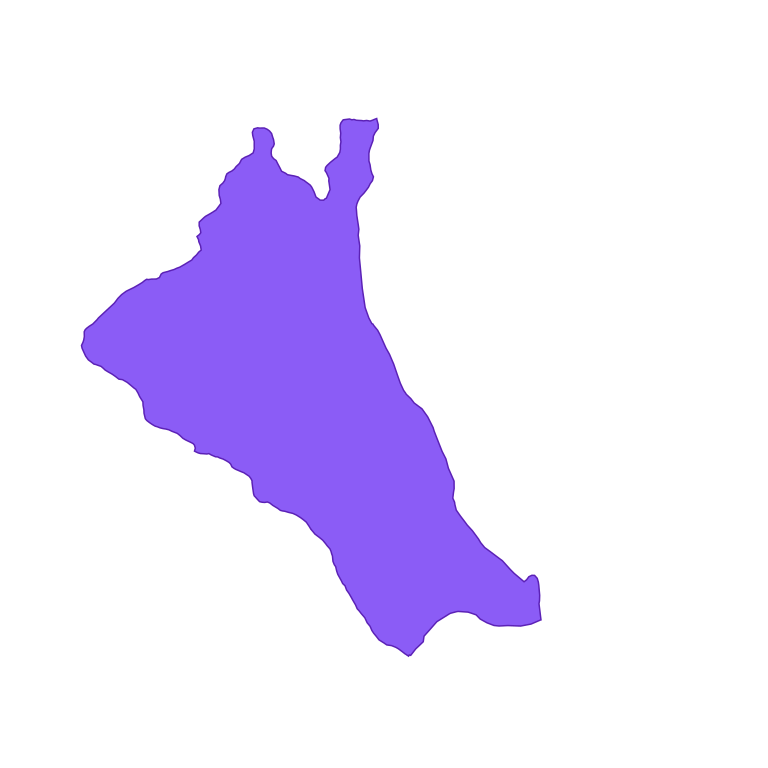 the district of Al Wasta, Bani Suwayf, Egypt, rotated 128°
{"feature_id": "37247803B53497462847633", "entity_name": "Al Wasta", "entity_type": "district", "adm_level": 2, "iso_a3": "EGY", "parent_name": "Egypt", "parent_adm1": "Bani Suwayf", "projection": "orthographic", "projection_center": [31.157, 29.324], "detail": "fine", "context": "isolated", "style": "filled", "palette": "violet", "viewbox_px": 768, "rotation_deg": 128, "n_neighbors": 0, "source": "geoboundaries", "source_scale": "gbopen_adm2", "svg_char_len": 5583}
<svg xmlns="http://www.w3.org/2000/svg" viewBox="0 0 768 768"><g transform="rotate(128 384 384)"><path d="M581.4,195.9L573.1,195.9L569.3,195.3L563.0,194.4L562.9,194.4L558.1,197.2L547.0,196.5L539.9,196.1L538.7,196.0L534.3,194.4L525.2,191.1L523.8,190.5L518.8,186.7L517.6,185.6L512.0,177.3L510.7,173.7L509.2,169.3L510.0,163.5L508.9,156.6L508.8,155.9L507.0,150.0L506.6,148.7L503.9,144.4L503.3,143.7L498.1,137.7L490.6,127.3L482.6,120.3L473.3,115.2L473.2,115.1L461.7,126.6L460.6,127.2L459.1,128.0L454.7,131.2L447.2,138.2L445.0,140.5L442.8,143.6L442.1,147.5L443.7,149.7L446.7,151.2L450.5,151.1L453.6,151.9L453.1,164.9L452.4,170.3L450.4,181.8L450.5,186.4L450.7,197.9L450.9,204.0L449.5,210.2L448.0,214.0L445.2,224.0L443.9,231.7L442.9,235.2L441.0,242.5L438.9,249.4L435.2,254.1L433.7,255.6L431.6,259.5L426.3,262.7L423.3,264.3L417.4,269.0L413.7,275.9L410.8,281.3L404.9,289.1L401.3,296.8L394.0,309.2L390.3,315.4L388.1,318.5L383.0,329.3L380.7,337.0L380.2,338.6L380.4,348.5L379.0,353.9L378.4,360.1L377.9,361.4L376.9,364.7L373.3,371.7L368.9,378.6L362.3,388.7L360.3,392.4L357.2,398.0L354.8,403.8L354.3,404.9L347.7,417.3L345.6,422.0L344.2,428.1L343.6,429.7L343.9,430.8L341.3,436.6L335.4,445.9L325.8,456.0L322.1,459.9L308.0,473.2L299.8,481.0L290.1,488.1L287.0,491.4L282.7,495.9L277.5,499.1L274.5,502.2L267.9,509.2L263.8,512.9L261.9,514.7L258.9,516.2L255.9,517.1L251.4,517.9L246.1,517.3L242.3,517.3L238.5,517.4L234.7,518.2L230.9,518.3L227.2,519.9L225.7,523.0L223.5,526.1L219.8,530.0L217.6,533.1L214.6,535.5L211.7,537.8L208.7,539.4L206.4,540.2L198.9,542.6L195.2,545.0L191.4,545.8L186.1,545.9L183.1,548.3L180.2,552.2L179.3,553.2L181.6,554.6L183.1,555.4L185.4,556.9L187.0,559.9L189.3,562.2L190.1,563.7L191.7,566.0L193.2,568.2L194.0,570.5L195.6,572.0L196.4,574.3L198.7,576.6L200.2,578.1L201.0,578.8L202.5,578.8L204.8,578.7L207.1,577.9L210.0,575.6L213.0,572.5L216.7,570.1L219.7,567.0L222.7,565.4L225.7,563.0L228.7,561.4L234.0,560.6L236.3,561.3L239.3,562.0L242.3,562.7L246.9,563.4L249.2,563.4L252.2,561.8L252.9,559.5L255.8,554.0L258.0,552.5L259.5,550.9L262.5,547.8L264.0,546.2L267.0,545.4L270.0,544.6L273.0,543.8L274.5,544.5L276.3,544.7L278.4,547.5L278.4,549.0L278.5,551.3L278.5,552.8L277.0,555.2L275.6,557.5L274.1,560.6L273.4,562.1L272.7,564.5L272.7,566.7L272.8,569.8L272.8,572.1L273.7,576.7L273.7,579.0L275.3,582.8L276.1,584.3L276.9,585.8L278.5,588.9L278.5,591.2L279.4,595.7L277.9,598.8L275.8,603.5L274.3,606.6L274.4,609.6L273.7,612.7L271.5,615.1L269.2,616.6L267.7,617.4L265.4,617.5L264.7,617.5L262.4,618.3L259.5,621.4L258.0,623.7L255.8,626.8L255.1,629.9L255.1,631.1L255.2,633.0L256.0,636.0L259.1,639.8L259.9,641.3L263.0,643.6L266.7,642.7L269.0,640.4L272.6,635.7L275.6,633.4L278.6,631.0L282.4,629.4L286.9,630.9L290.8,633.1L294.6,634.5L295.9,634.3L299.1,633.7L300.7,633.9L303.7,634.4L306.7,634.3L309.7,635.0L312.8,636.5L315.1,637.2L318.1,636.4L319.6,635.6L321.9,634.8L324.9,634.7L328.7,635.4L332.4,633.8L336.9,629.9L339.1,626.8L342.1,623.7L345.1,623.6L350.4,623.5L356.5,625.7L361.8,627.9L363.7,628.3L365.6,628.6L370.2,629.3L373.2,627.0L375.4,623.8L377.6,621.5L379.9,621.5L382.9,622.2L384.4,619.1L385.1,618.3L385.9,617.5L388.1,613.6L389.5,612.1L391.0,610.5L394.1,611.2L397.8,611.2L401.7,611.9L404.7,611.8L408.5,613.3L412.3,614.7L417.7,616.9L420.4,618.6L423.0,619.9L426.1,622.1L428.4,623.6L432.3,626.6L434.5,627.3L438.3,626.5L441.4,628.0L444.5,631.8L446.8,634.0L447.6,635.5L449.9,636.3L452.9,637.0L456.7,638.4L462.1,640.6L468.2,643.6L469.7,644.3L475.1,645.8L480.4,646.4L484.2,646.3L486.4,646.3L507.7,649.7L510.0,649.7L516.0,650.4L519.9,651.8L522.2,652.4L522.9,652.6L524.4,652.8L525.1,652.9L527.4,652.4L531.2,649.3L534.2,647.7L536.4,646.9L539.9,646.1L541.8,643.8L543.9,639.8L545.7,636.3L547.0,631.8L546.9,627.9L546.9,624.8L546.1,623.2L545.5,621.3L544.3,617.8L544.4,615.7L544.4,615.3L544.4,615.1L544.7,612.4L544.3,608.9L543.7,604.9L543.7,604.6L543.6,604.3L543.4,600.1L543.4,595.9L541.6,592.8L540.8,587.3L540.9,583.5L541.1,578.5L541.0,576.3L542.5,572.4L544.4,568.7L546.5,563.0L549.3,560.6L552.3,557.2L554.8,555.1L558.3,550.7L558.8,548.4L558.8,545.2L558.6,542.0L558.5,541.1L558.1,538.3L557.2,536.2L557.1,535.7L556.4,533.4L555.2,530.7L553.8,528.2L552.8,525.9L552.5,525.2L551.8,521.9L550.2,516.6L550.2,513.0L550.6,509.1L550.2,505.9L549.7,503.6L549.0,500.5L548.5,497.8L548.8,495.9L550.7,493.2L552.9,492.3L553.6,492.0L553.1,489.6L552.7,488.0L551.8,485.8L550.0,483.2L548.2,480.5L546.6,479.1L546.3,476.6L545.1,472.0L543.9,470.3L543.4,467.9L542.2,464.5L541.6,461.1L541.2,457.8L541.5,455.5L542.9,452.8L542.8,450.1L542.5,448.2L541.8,445.6L541.0,442.5L540.2,439.8L539.7,433.5L540.4,430.9L541.5,428.4L542.8,427.4L545.9,424.3L548.5,421.6L550.7,419.3L552.0,417.5L552.3,415.5L552.9,412.3L553.3,409.6L552.7,408.2L552.4,407.7L552.3,407.4L551.8,406.6L550.7,405.0L548.8,403.3L548.1,400.9L548.1,396.8L547.4,391.0L547.4,387.9L546.5,385.8L545.4,383.9L543.9,380.1L542.1,376.2L541.2,372.4L540.7,367.7L540.6,364.3L540.7,360.2L542.2,355.5L543.3,352.6L543.4,352.3L543.4,352.0L543.5,352.0L544.0,349.5L544.8,346.0L544.7,340.6L544.8,336.1L545.8,331.6L546.4,329.4L547.2,325.1L548.5,322.7L550.1,320.6L551.2,318.8L553.2,316.9L555.2,315.0L557.0,311.9L557.7,309.6L560.4,306.3L562.0,303.9L562.5,303.1L565.3,296.5L566.7,293.7L567.0,290.5L569.4,286.6L570.6,282.6L572.4,278.2L573.4,275.9L574.2,273.9L575.6,270.4L577.6,266.8L578.1,263.8L578.9,260.7L580.0,255.2L582.5,250.3L583.5,245.8L585.7,241.8L586.8,238.5L587.5,235.2L588.7,230.4L588.1,224.6L587.9,221.2L585.5,217.0L584.2,212.5L583.8,209.6L583.7,205.3L583.7,201.3L583.5,200.0L583.5,198.9L583.4,198.2L583.3,197.1L582.0,197.3L581.4,195.9Z" fill="#8b5cf6" stroke="#5b21b6" stroke-width="1.5"/></g></svg>